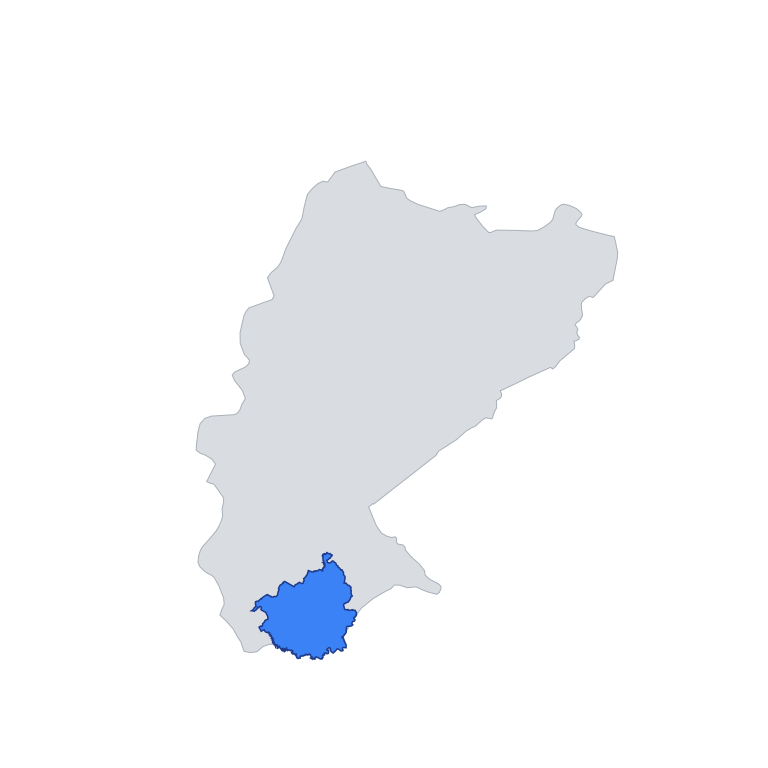 Comoe, Komoé, Burkina Faso shown in context, rotated 323°
{"feature_id": "67063806B6461887322435", "entity_name": "Comoe", "entity_type": "district", "adm_level": 2, "iso_a3": "BFA", "parent_name": "Burkina Faso", "parent_adm1": "Komoé", "projection": "orthographic", "projection_center": [-4.497, 10.243], "detail": "fine", "context": "in_parent", "style": "filled", "palette": "blue", "viewbox_px": 768, "rotation_deg": 323, "n_neighbors": 0, "source": "geoboundaries", "source_scale": "gbopen_adm2", "svg_char_len": 9209}
<svg xmlns="http://www.w3.org/2000/svg" viewBox="0 0 768 768"><g transform="rotate(323 384 384)"><path d="M555.7,470.4L537.9,471.4L531.5,473.4L527.6,473.5L527.4,471.9L527.0,470.9L504.5,465.8L488.7,462.8L472.7,459.4L471.9,462.8L469.6,465.0L466.2,465.2L463.8,464.7L462.2,467.3L459.6,470.8L455.9,472.5L452.3,474.7L450.3,476.5L448.8,476.6L445.1,472.3L440.3,471.9L431.2,472.7L427.1,471.6L421.6,471.0L408.4,472.1L387.4,470.5L384.0,471.5L383.1,472.3L362.3,472.7L339.3,473.1L320.2,473.4L303.4,473.7L303.4,472.9L298.0,472.8L297.4,474.3L292.7,491.9L292.2,501.5L294.8,507.4L297.7,511.2L300.9,512.7L301.2,514.9L298.7,517.6L298.9,520.5L301.9,523.4L302.7,526.4L301.2,529.6L301.6,537.4L303.9,549.6L304.0,557.5L301.9,561.1L302.9,567.3L307.1,576.0L307.8,579.8L306.4,581.5L302.9,583.8L299.5,583.7L295.4,578.4L293.6,576.1L290.3,570.7L287.5,565.3L283.7,563.0L280.0,560.8L275.4,554.0L271.1,550.7L266.5,551.7L259.7,550.4L246.2,548.8L231.7,549.3L225.6,550.9L219.7,553.4L204.5,558.9L198.6,561.6L194.1,568.5L188.9,568.4L183.8,566.1L180.5,563.0L173.6,563.7L167.0,560.7L160.5,554.7L155.8,552.8L149.8,548.4L148.1,540.2L144.3,534.5L140.8,526.5L135.5,522.8L129.5,520.9L121.2,521.3L115.7,518.1L111.4,513.4L112.6,509.3L114.5,503.6L114.8,498.0L116.1,489.0L115.3,477.8L113.8,469.9L118.4,466.7L123.8,463.8L127.1,458.4L130.5,446.5L132.0,436.1L130.9,432.3L129.2,429.3L127.8,424.8L127.0,419.3L128.0,414.6L132.0,410.2L137.0,406.5L140.6,404.8L150.0,403.0L161.8,400.3L168.7,397.2L173.6,394.1L176.4,391.6L179.2,386.6L183.8,382.7L187.3,378.7L187.8,367.8L187.8,361.5L185.2,358.1L183.7,355.2L201.2,346.6L201.3,340.6L198.8,333.8L195.4,328.4L194.2,323.7L199.0,318.2L203.2,314.0L206.3,310.5L213.2,305.1L220.3,303.7L226.7,305.7L245.8,318.3L249.1,319.1L253.1,318.1L258.1,314.8L264.6,312.1L267.0,303.7L266.7,291.3L268.1,285.6L271.6,284.5L282.5,286.8L285.4,287.0L288.5,286.2L290.8,284.0L290.7,280.0L290.2,276.4L293.7,264.9L300.1,256.2L313.1,245.3L317.2,243.1L322.0,241.9L345.5,249.2L349.3,247.4L354.9,228.9L361.2,227.1L368.9,226.7L373.8,225.1L376.4,223.8L387.4,216.7L406.9,207.0L417.5,202.8L419.5,201.2L427.0,194.4L436.9,186.5L443.2,184.9L452.0,184.2L457.6,185.4L459.2,187.6L461.0,188.7L472.5,185.3L489.1,190.3L503.5,195.2L502.6,198.5L502.7,204.3L501.6,213.4L500.4,224.4L506.5,231.4L513.7,238.9L515.7,241.9L514.0,249.4L515.4,253.8L519.3,261.1L525.8,270.3L532.5,279.8L537.1,281.0L541.4,281.7L544.1,283.3L548.0,284.9L551.8,286.0L555.1,288.0L557.3,290.0L560.2,295.9L567.7,299.7L572.9,303.4L570.9,305.4L564.4,304.8L558.3,303.2L557.6,306.0L557.6,316.9L558.8,325.9L560.2,327.1L566.3,328.7L581.1,340.2L594.4,351.0L598.9,353.8L606.2,354.8L614.3,355.1L617.8,354.0L625.5,348.2L629.7,347.5L633.6,347.6L635.7,348.5L639.6,353.0L643.3,359.8L644.4,364.9L644.2,367.6L643.0,368.7L636.6,370.1L633.8,371.2L633.1,372.7L634.2,376.1L635.5,378.3L642.8,388.1L653.4,401.3L656.6,404.7L654.9,408.8L649.9,419.4L646.2,423.8L629.3,439.0L620.9,437.4L603.2,440.8L600.5,437.4L596.4,437.0L591.3,437.7L589.4,439.1L588.9,440.5L587.1,442.6L584.0,448.6L581.4,450.1L578.3,451.1L574.5,451.0L572.2,451.8L572.2,454.8L571.6,457.3L569.0,458.6L568.0,461.5L568.2,464.3L566.7,465.6L563.4,465.0L561.4,464.2L559.6,467.9L557.3,470.4L555.7,470.4Z" fill="#d9dde1" stroke="#a8b0b8" stroke-width="1"/><path d="M236.9,484.2L235.9,484.7L235.6,484.6L235.5,484.8L234.5,484.8L234.2,484.6L234.3,483.6L234.1,483.5L232.8,483.9L232.4,483.4L231.7,484.3L231.5,484.1L231.2,484.3L231.1,484.8L231.3,485.4L230.2,486.5L229.7,487.6L229.1,488.3L229.1,488.6L229.4,488.9L229.3,489.2L228.6,489.6L228.4,490.0L227.8,489.9L228.3,490.6L227.7,491.2L228.0,491.8L228.6,491.6L228.5,492.1L227.9,491.9L227.3,492.0L227.2,492.4L227.6,493.4L227.1,493.9L226.7,493.8L226.5,494.3L225.7,494.0L225.1,494.4L224.8,494.2L224.4,494.3L224.0,494.5L223.9,494.9L223.1,495.0L222.9,496.0L222.5,496.3L222.1,495.9L222.4,495.6L222.4,495.0L221.9,494.5L221.4,494.3L220.7,493.2L219.4,493.2L218.8,493.4L218.0,493.2L217.4,492.2L216.8,492.2L216.5,492.4L215.9,491.9L215.8,491.3L215.5,491.3L215.4,491.7L215.0,491.7L214.8,491.4L214.5,491.5L213.5,490.9L211.3,487.4L211.0,487.5L210.6,488.2L209.7,488.6L209.3,489.2L208.2,489.6L207.5,490.3L206.4,490.3L205.9,490.7L202.7,491.1L202.0,492.7L201.5,493.3L200.9,493.2L200.5,493.4L199.8,494.3L198.9,494.3L198.0,493.6L197.0,491.4L195.6,491.5L195.1,491.2L194.6,491.5L193.9,491.4L192.4,490.9L190.5,491.8L190.1,491.6L185.9,481.9L185.2,481.9L184.5,481.6L183.8,481.9L183.6,482.4L182.9,482.0L181.4,482.6L180.6,482.2L179.7,482.2L177.3,483.4L176.4,484.2L176.5,485.1L174.5,486.1L172.1,488.3L170.9,488.8L169.6,488.7L168.7,487.8L168.0,487.4L166.9,487.2L165.9,486.4L166.0,485.6L164.7,483.9L164.8,483.5L164.6,482.8L164.0,482.5L164.1,482.0L163.9,481.9L162.9,481.7L159.0,481.4L157.8,481.5L156.8,482.0L156.5,481.4L152.9,481.8L151.6,480.9L150.4,480.6L149.4,481.6L147.8,484.7L146.7,484.5L145.7,484.6L145.1,485.0L143.6,485.4L141.7,485.3L142.6,486.1L143.6,487.4L146.8,487.4L148.6,486.5L148.6,486.8L149.3,487.4L150.7,486.8L151.6,487.7L151.8,488.0L151.6,488.2L151.6,488.6L151.4,489.0L150.0,490.0L150.1,490.8L152.1,495.1L151.3,499.6L149.8,502.0L148.1,501.6L147.7,501.3L147.0,501.3L146.1,501.5L145.1,502.1L144.4,502.3L142.9,502.3L142.4,503.1L141.1,504.0L140.3,504.1L140.2,503.3L139.9,503.1L139.2,503.0L137.8,503.0L137.1,507.6L140.3,508.0L140.1,510.3L140.7,511.7L141.3,512.4L142.3,512.5L142.6,512.9L142.6,513.2L142.0,513.6L142.4,514.3L142.7,514.2L142.6,514.6L142.3,515.0L141.6,515.1L141.4,515.4L142.5,516.2L141.6,517.0L142.4,517.3L142.4,517.6L141.9,518.3L142.0,519.1L141.4,519.0L140.9,519.3L141.8,520.2L141.2,520.2L140.9,520.7L141.1,521.0L141.5,520.7L141.8,521.3L141.4,521.6L140.8,521.4L140.4,521.6L141.0,522.6L140.7,522.8L140.4,522.6L139.3,523.6L139.3,523.8L140.5,524.1L140.8,524.3L140.3,525.0L139.5,525.4L139.4,526.4L139.8,526.7L140.3,526.7L140.1,527.3L139.6,527.7L139.2,528.8L140.6,528.1L141.1,527.5L141.5,528.0L141.6,528.7L140.9,530.2L139.9,530.5L139.7,530.7L140.0,531.1L140.4,531.1L141.1,530.8L142.6,530.7L142.3,531.9L142.1,532.4L142.1,533.5L143.0,534.0L144.3,534.2L144.6,534.8L144.4,535.1L143.7,535.2L143.3,534.8L142.6,534.9L142.2,534.8L142.0,535.3L142.4,536.0L144.4,536.0L143.3,537.2L143.2,537.5L143.3,537.8L144.0,537.6L144.5,537.8L144.8,537.3L145.8,536.6L147.0,536.1L147.4,536.2L146.6,537.7L146.3,538.0L146.2,538.5L146.5,538.9L147.4,538.9L148.1,539.2L148.4,539.9L148.9,540.3L149.6,540.5L149.8,541.4L150.4,541.8L149.9,542.5L150.2,542.9L150.1,543.2L148.6,542.7L148.4,543.0L148.5,544.6L150.0,545.4L150.2,545.6L150.2,546.2L151.4,546.9L151.2,547.2L150.6,547.3L150.1,547.9L150.4,548.5L150.3,549.0L150.1,549.6L149.6,550.0L149.9,551.1L150.7,551.8L151.8,552.0L152.2,552.4L152.7,551.5L153.6,551.0L155.0,552.1L155.6,552.1L156.0,552.6L157.1,552.5L157.6,553.1L158.4,552.8L159.4,553.1L159.5,553.2L159.5,554.0L160.1,554.6L161.2,554.5L161.8,555.1L162.3,555.3L162.5,555.5L162.0,556.0L162.0,556.8L161.8,557.6L162.3,558.7L162.2,558.8L160.4,558.6L160.9,559.9L161.5,559.8L161.5,560.8L162.2,560.6L162.5,560.8L162.6,561.7L163.2,562.1L163.6,562.1L163.5,560.9L165.6,561.1L165.9,561.4L165.9,562.2L166.6,562.6L167.6,565.1L167.9,565.5L168.8,565.6L169.0,566.3L169.7,566.1L170.3,565.3L170.9,565.5L171.3,564.8L171.5,563.9L171.8,563.7L172.1,563.7L172.4,564.2L172.9,564.2L173.5,564.6L174.1,563.8L174.2,563.1L174.8,563.5L175.2,563.6L176.0,564.5L176.1,565.1L176.8,565.5L177.5,565.6L178.5,564.7L179.2,563.3L179.1,563.1L178.6,562.9L178.2,562.0L178.3,561.8L178.7,561.5L181.0,561.4L181.7,561.7L182.0,562.3L181.9,563.3L180.9,564.3L180.8,565.5L181.1,567.6L181.7,568.3L181.8,568.4L182.8,568.1L184.7,568.0L187.0,567.3L187.9,568.1L188.2,568.5L188.6,570.3L189.0,571.3L189.7,571.9L190.7,572.2L191.1,572.0L191.3,571.5L191.2,570.9L191.4,570.4L192.0,569.9L192.8,569.9L195.0,571.8L196.3,570.2L196.9,569.1L197.2,567.3L197.0,566.9L197.7,565.8L197.4,565.3L197.7,564.8L198.0,564.6L198.0,564.1L198.4,563.3L198.3,562.9L198.7,562.3L198.6,562.0L197.9,562.0L197.8,561.9L198.3,560.7L199.6,560.9L200.8,560.8L201.3,560.3L202.6,560.3L204.6,559.4L205.1,558.8L205.5,557.8L207.0,556.8L207.3,556.0L208.1,555.4L208.6,555.4L211.7,557.3L212.7,557.7L214.2,557.5L214.0,556.3L215.0,555.2L216.5,555.0L217.1,555.4L218.0,555.5L218.5,555.3L219.0,554.5L218.6,553.9L219.0,552.7L219.6,552.4L220.0,552.6L221.5,552.6L222.1,552.0L222.8,552.0L224.4,550.0L224.4,548.6L224.7,548.0L224.8,547.5L223.3,546.1L223.2,545.5L222.7,545.6L222.5,545.0L220.3,544.2L219.7,543.5L219.8,543.5L219.8,542.9L219.5,542.4L218.3,541.8L217.1,540.7L217.5,538.9L218.8,536.0L219.2,535.7L220.5,535.5L221.0,536.0L221.3,536.0L222.5,535.9L223.9,536.6L225.1,536.2L226.0,536.2L226.7,535.7L227.4,535.5L229.4,534.2L231.0,534.3L231.3,532.2L231.7,531.3L233.5,529.3L234.0,527.6L235.2,526.8L235.3,526.0L235.0,525.5L235.2,524.3L234.2,523.4L234.2,522.7L233.8,522.1L234.0,520.5L233.4,519.8L232.4,519.4L232.2,519.1L234.5,517.1L236.6,515.0L237.0,514.1L236.9,512.0L238.4,509.8L238.3,508.3L238.7,507.4L238.2,506.7L237.4,506.3L237.7,505.4L237.8,504.2L237.1,502.8L237.6,501.8L237.7,501.3L237.0,500.2L237.7,498.1L237.6,497.5L237.0,496.6L236.9,496.2L237.1,495.3L236.6,494.5L236.1,494.2L234.2,494.5L233.1,494.3L231.9,493.3L231.5,492.2L232.5,490.4L234.0,490.7L235.5,490.4L236.5,490.7L237.9,489.9L239.1,489.9L239.7,489.4L238.7,487.7L238.8,487.0L238.5,487.0L237.6,486.0L237.3,485.9L237.6,485.9L237.1,485.4L237.1,484.6L236.9,484.2Z" fill="#3b82f6" stroke="#1e3a8a" stroke-width="1.5"/></g></svg>